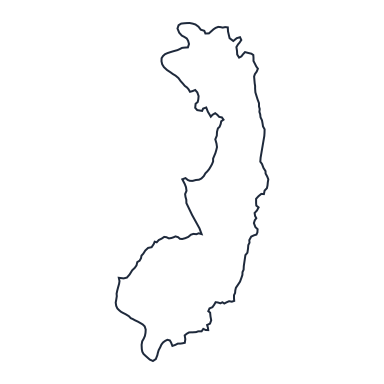 outline of Cerro Negro, Santa Catarina, Brazil
{"feature_id": "56859067B18650701449826", "entity_name": "Cerro Negro", "entity_type": "district", "adm_level": 2, "iso_a3": "BRA", "parent_name": "Brazil", "parent_adm1": "Santa Catarina", "projection": "natural_earth1", "projection_center": [-50.937, -27.767], "detail": "fine", "context": "isolated", "style": "outline", "palette": "slate", "viewbox_px": 384, "rotation_deg": 0, "n_neighbors": 0, "source": "geoboundaries", "source_scale": "gbopen_adm2", "svg_char_len": 3994}
<svg xmlns="http://www.w3.org/2000/svg" viewBox="0 0 384 384"><path d="M187.0,87.5L188.5,89.2L190.0,91.8L192.5,91.1L195.2,90.0L197.3,92.4L198.6,96.1L198.3,99.4L197.7,102.0L195.6,103.8L195.2,107.8L197.2,110.1L199.6,110.5L202.1,110.9L203.1,108.6L206.2,107.5L207.9,111.8L209.6,114.6L210.8,116.7L212.5,114.8L215.2,113.2L217.4,114.9L219.2,116.9L221.9,117.4L223.5,119.7L221.2,121.3L220.7,124.0L219.6,126.8L217.9,128.4L217.0,131.8L216.8,135.7L215.3,139.3L216.5,143.6L217.0,147.1L216.3,150.0L215.4,153.1L214.1,156.2L213.1,158.6L213.1,161.5L211.9,164.4L210.6,166.7L209.1,169.2L207.3,171.4L205.4,173.3L203.8,176.1L201.4,178.5L199.0,179.7L195.9,180.0L192.6,180.9L189.8,180.8L187.8,180.0L185.5,178.1L182.3,179.3L183.6,181.8L184.8,184.1L186.0,187.2L186.5,190.8L185.1,194.1L185.5,196.9L186.3,199.8L186.4,203.1L192.1,215.0L199.5,228.4L201.6,234.1L198.7,233.3L196.4,234.2L193.4,233.9L190.9,234.7L188.3,236.9L185.2,238.2L182.2,239.0L179.9,238.8L178.1,237.2L175.5,236.4L173.5,237.3L171.4,238.0L168.9,238.4L166.4,237.2L164.2,236.9L161.7,238.6L158.8,240.0L156.7,242.3L154.7,241.7L153.7,244.1L151.6,247.2L148.1,247.9L145.3,250.5L143.2,253.8L141.5,255.6L141.0,258.2L139.6,260.7L137.3,262.1L136.5,265.4L134.8,267.8L132.2,270.3L129.6,274.5L126.9,277.6L123.6,278.4L118.8,277.8L119.5,281.1L119.1,283.8L118.0,287.7L117.2,290.8L116.6,293.7L116.8,296.2L116.3,299.3L115.7,302.6L116.2,305.9L117.4,308.5L119.1,310.2L121.0,311.8L122.8,312.8L125.6,314.2L128.9,316.2L130.8,318.2L132.7,319.0L134.8,320.2L138.0,321.7L140.8,323.3L142.8,324.5L144.7,326.4L145.7,329.6L145.5,332.9L144.9,336.0L143.7,338.7L142.2,341.3L141.6,344.8L141.8,349.1L142.3,351.7L143.5,353.9L145.5,355.8L147.3,357.4L149.8,359.6L152.9,361.0L155.8,359.1L157.3,355.3L157.9,352.7L158.7,350.1L160.2,347.3L161.4,344.6L163.1,342.4L165.3,340.8L167.4,339.8L169.8,340.4L171.0,342.4L172.4,345.9L175.3,344.9L177.8,343.6L180.4,343.6L182.5,343.3L184.8,342.8L185.3,339.2L184.7,335.4L186.8,333.7L189.1,332.4L193.0,332.3L196.1,332.1L198.3,331.3L201.6,331.3L203.3,328.9L205.7,330.0L208.2,330.1L207.9,327.6L207.1,325.0L210.0,323.6L211.2,320.3L210.5,316.5L210.1,312.6L208.3,311.2L209.5,308.4L212.4,307.2L214.2,304.7L215.6,302.2L217.9,302.5L220.4,303.3L222.4,302.3L224.3,303.5L226.4,302.4L229.1,301.2L231.8,301.7L234.2,300.9L234.0,298.3L234.0,295.2L235.1,292.9L235.3,290.4L235.9,287.8L237.8,285.0L240.0,281.7L241.4,277.9L242.4,274.9L242.5,272.1L243.6,269.7L243.8,266.0L244.4,261.9L244.8,259.2L245.4,255.1L247.4,252.7L248.0,248.8L248.3,245.1L249.5,242.7L249.3,240.1L251.2,236.6L254.0,235.3L256.4,234.6L257.4,232.4L257.6,229.2L255.4,227.1L253.9,223.1L254.8,220.2L256.3,218.2L255.1,216.0L254.6,213.0L257.0,210.4L258.6,207.4L256.3,205.6L256.1,203.1L256.1,198.8L258.5,196.2L261.3,193.9L263.9,194.1L264.6,190.6L266.9,188.2L267.5,185.5L267.8,182.4L268.3,179.3L267.2,176.5L265.6,173.6L265.5,171.1L263.5,168.0L262.0,164.0L260.3,161.7L260.6,157.7L262.2,148.3L264.3,136.0L264.5,133.1L264.6,129.3L263.0,126.4L262.6,123.7L262.0,120.4L260.5,117.2L260.2,114.3L259.4,111.9L259.7,109.0L259.0,106.5L259.0,103.2L257.6,99.5L256.6,96.3L255.4,92.4L255.1,88.7L255.1,86.0L254.7,83.4L254.4,80.0L254.1,76.5L254.9,74.1L256.7,71.6L257.9,68.7L256.3,66.5L255.1,64.1L253.5,61.0L253.5,57.8L253.3,55.0L251.4,53.7L248.4,53.0L245.0,52.1L242.9,54.4L241.4,56.4L239.1,57.6L237.2,54.5L237.0,50.9L236.4,47.1L238.0,44.4L239.5,42.7L241.3,40.0L240.0,37.2L236.7,38.2L233.3,41.0L229.6,38.2L228.7,34.4L228.0,31.4L227.8,27.4L225.2,27.1L222.7,27.6L220.4,27.1L218.2,26.9L215.6,27.9L213.5,29.3L211.5,31.1L208.9,33.4L205.4,33.5L204.3,30.8L200.8,29.7L198.5,26.7L195.5,24.5L192.6,23.6L189.6,23.0L186.6,23.1L183.9,23.3L181.2,23.6L178.6,25.2L177.5,28.5L179.2,32.7L181.8,35.6L184.3,36.9L186.8,38.5L188.1,40.8L189.0,44.0L187.9,47.4L184.5,47.6L182.0,47.9L179.7,49.1L177.5,50.1L175.3,50.7L172.8,51.4L170.2,52.2L167.5,53.1L165.0,54.2L163.0,56.0L161.6,58.2L161.5,61.3L162.2,64.3L163.9,67.1L167.0,70.0L170.5,72.3L172.8,74.0L175.5,75.6L178.4,78.0L180.7,81.2L182.9,83.6L184.8,85.9L187.0,87.5Z" fill="none" stroke="#1e293b" stroke-width="2"/></svg>